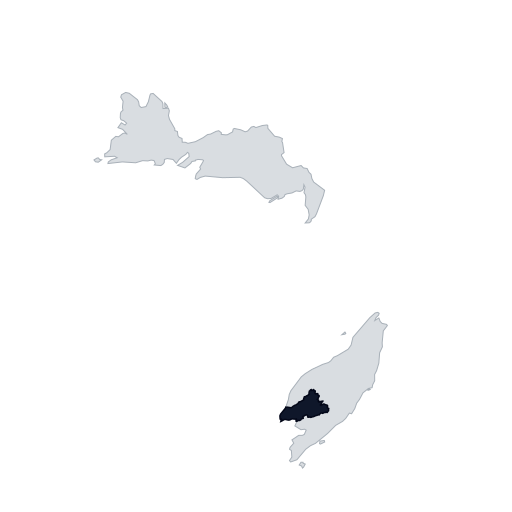 Malaysia, with Kelantan highlighted, rotated 240°
{"feature_id": "MYS-1144", "entity_name": "Kelantan", "entity_type": "State", "adm_level": 1, "iso_a3": "MYS", "parent_name": "Malaysia", "parent_adm1": "", "projection": "equal_earth", "projection_center": [101.974, 5.407], "detail": "fine", "context": "in_parent", "style": "filled", "palette": "ink", "viewbox_px": 512, "rotation_deg": 240, "n_neighbors": 0, "source": "natural_earth", "source_scale": "10m", "svg_char_len": 8112}
<svg xmlns="http://www.w3.org/2000/svg" viewBox="0 0 512 512"><g transform="rotate(240 256 256)"><path d="M427.7,254.1L425.0,253.5L421.4,250.4L417.6,249.4L406.8,249.3L405.2,248.4L403.1,250.2L399.4,248.6L397.2,248.8L394.8,250.7L391.4,249.0L389.8,251.7L387.6,253.4L385.3,260.7L384.9,269.4L385.4,274.7L384.3,277.7L383.9,283.8L383.1,286.4L380.0,287.6L378.7,286.7L376.0,290.4L375.3,291.9L375.2,297.8L377.3,299.7L377.3,301.0L372.9,305.9L369.0,308.7L368.4,311.2L370.0,316.4L369.3,318.9L367.3,320.1L365.8,326.8L364.0,331.0L363.3,331.5L360.6,330.1L350.4,332.0L347.4,335.5L344.5,337.6L342.2,335.6L341.0,335.7L331.5,332.0L331.1,328.8L330.1,328.2L320.2,328.4L314.1,331.8L311.8,340.3L308.6,341.1L306.2,344.0L301.9,343.7L299.3,344.5L295.1,343.1L291.2,342.9L278.6,348.3L274.6,344.5L262.3,329.5L260.6,326.8L260.2,322.2L258.8,321.4L258.3,320.2L258.1,318.8L260.0,315.1L261.9,319.9L265.0,322.6L270.3,324.5L275.3,323.9L282.2,328.7L284.4,329.5L286.8,329.2L291.1,332.9L293.8,333.1L290.3,330.5L289.6,328.5L290.0,326.3L292.3,323.3L292.6,318.7L294.3,314.1L294.7,311.9L293.4,310.2L293.1,307.4L294.1,303.5L296.4,305.5L298.4,305.0L298.3,297.8L299.8,294.7L302.1,292.6L325.6,285.4L329.5,283.7L332.1,281.6L340.5,266.3L350.6,252.0L351.9,247.0L351.8,243.4L352.4,242.6L353.5,242.1L355.7,244.0L356.9,245.3L359.0,251.5L361.0,251.7L364.3,257.5L365.0,258.3L366.0,257.9L368.6,254.1L369.3,251.4L368.7,251.0L369.9,247.8L368.8,245.7L367.8,238.5L373.7,233.4L373.8,239.3L375.5,247.8L378.5,249.1L380.0,248.5L379.1,246.0L378.8,240.9L378.0,237.6L376.1,233.4L381.1,232.4L384.8,227.8L385.4,225.0L382.9,223.3L382.0,221.1L381.9,218.8L385.7,213.4L386.2,214.9L388.7,215.4L389.8,215.3L391.5,213.1L392.4,209.9L395.3,205.4L396.9,198.4L404.3,187.3L410.1,174.0L411.3,175.1L411.7,178.6L410.5,184.9L413.1,183.4L417.5,174.6L420.1,176.0L420.0,178.4L421.1,182.9L428.6,188.6L429.7,194.4L428.0,196.5L428.7,202.0L428.1,203.8L425.7,205.4L432.4,203.8L436.2,200.6L438.7,206.0L434.9,208.1L435.7,210.4L439.3,209.1L441.5,207.2L443.7,207.6L447.1,209.8L448.2,211.0L448.8,213.7L451.4,214.6L456.5,218.3L461.2,218.3L462.9,220.1L462.8,224.9L460.3,227.6L450.6,231.5L448.1,231.4L444.5,230.0L442.0,230.8L440.4,235.4L443.4,239.9L448.4,244.7L449.1,245.8L448.2,248.2L436.8,251.8L434.4,251.5L430.2,249.2L427.7,254.1ZM59.1,189.5L60.3,183.0L62.1,182.7L63.9,186.5L69.9,189.4L71.7,188.4L72.5,189.0L73.3,190.0L75.0,195.1L78.8,195.2L79.3,203.3L77.5,206.5L77.3,208.6L80.1,212.4L81.7,211.5L83.1,208.1L89.4,204.7L92.0,208.4L94.4,208.4L96.1,207.0L97.4,202.7L99.9,199.3L100.9,195.2L104.5,196.3L105.9,197.2L110.0,206.0L115.4,212.2L119.5,215.6L121.9,218.9L128.7,234.8L129.5,239.9L129.8,247.8L128.8,259.6L127.5,265.5L127.8,268.3L129.5,272.6L129.0,276.6L129.2,289.3L131.3,293.8L137.1,299.3L145.7,323.8L147.1,330.7L146.3,333.3L144.8,334.0L143.5,332.6L142.7,329.3L140.7,326.6L140.9,331.4L137.2,330.8L134.6,331.5L131.5,334.9L130.1,335.0L127.5,328.8L117.7,321.8L114.1,320.0L110.4,314.7L101.8,308.8L96.4,303.1L94.1,299.5L88.6,296.4L86.2,292.7L83.9,290.7L85.1,287.1L84.0,280.2L80.1,274.0L78.2,269.6L74.5,265.3L71.6,259.9L73.3,258.3L70.5,252.5L69.5,248.3L69.5,240.4L66.5,229.2L64.0,213.8L64.5,208.4L63.8,202.5L59.1,189.5ZM417.7,168.9L416.5,170.4L416.1,166.3L417.8,164.1L420.2,163.7L420.3,167.4L419.8,168.5L417.7,168.9ZM53.4,188.9L54.9,191.9L53.8,193.6L52.9,193.2L51.2,194.6L49.4,191.7L49.1,190.2L51.3,190.5L53.4,188.9ZM297.2,304.0L296.6,304.4L295.6,303.4L295.3,294.8L296.0,294.0L297.0,295.7L297.2,304.0ZM63.7,218.8L62.1,222.9L60.6,222.5L60.9,217.8L61.7,217.2L63.7,218.8ZM434.2,253.6L431.3,254.2L429.2,254.1L429.5,251.8L430.5,251.5L434.2,253.6ZM145.7,295.0L144.1,295.1L143.8,294.0L144.9,291.0L145.7,295.0ZM84.4,287.7L83.3,288.2L83.4,286.5L84.2,285.5L84.4,287.7Z" fill="#d9dde1" stroke="#a8b0b8" stroke-width="1"/><path d="M94.2,209.5L94.6,209.5L94.8,209.1L95.0,208.5L95.1,208.3L95.7,207.8L95.8,207.6L95.9,207.3L96.0,207.1L96.2,206.9L96.9,206.1L97.1,205.0L97.1,203.8L97.4,202.6L97.9,201.8L99.5,200.1L100.0,199.4L100.3,198.5L100.2,196.3L100.3,194.8L100.8,195.3L102.0,196.3L102.2,196.5L102.7,196.3L102.8,196.0L102.6,195.7L102.3,195.9L102.5,195.4L103.0,195.5L105.4,196.7L105.9,197.1L106.8,198.3L109.3,205.0L109.7,205.7L110.2,206.2L110.1,206.3L109.4,207.6L107.8,209.6L107.0,210.6L106.9,211.0L107.2,212.6L107.3,212.8L107.3,213.0L107.3,213.7L107.3,215.2L107.3,215.3L107.2,215.4L107.1,215.5L107.0,215.8L107.2,217.5L107.2,218.0L107.1,218.3L107.1,218.5L107.5,219.1L107.9,219.6L108.0,219.7L108.1,220.0L108.0,220.7L107.7,221.5L107.6,222.2L107.6,223.8L107.6,224.3L107.6,224.5L107.5,225.2L107.5,225.3L107.7,225.5L107.9,225.6L108.1,225.7L108.2,225.8L108.4,225.8L108.6,226.0L108.8,226.1L109.1,226.6L109.3,226.8L109.5,227.0L109.7,227.3L109.9,227.5L109.8,227.8L109.7,228.1L109.4,228.3L109.4,228.5L109.6,229.9L109.6,230.0L109.4,230.2L109.4,230.3L109.3,230.5L109.4,230.9L109.6,231.7L109.6,232.1L109.6,232.4L109.6,232.9L109.6,233.0L109.9,233.3L110.0,233.3L110.1,233.2L110.4,233.1L110.9,233.4L112.0,234.4L112.2,234.5L112.3,234.6L112.3,234.8L112.3,235.2L112.4,235.4L112.5,235.6L112.6,235.8L112.8,236.5L112.7,237.1L112.3,237.1L112.1,237.0L111.9,236.8L111.8,236.7L111.7,236.8L111.5,237.1L111.5,237.4L111.4,237.8L111.4,238.0L111.5,238.2L111.5,238.3L111.6,238.7L111.6,238.9L111.6,239.0L111.4,239.2L111.1,239.1L110.8,239.1L110.7,239.1L110.6,238.9L110.4,238.8L110.3,239.0L110.1,239.2L109.8,239.6L109.7,239.7L109.6,239.8L109.2,239.7L108.9,239.4L108.5,239.1L108.4,239.0L108.3,238.7L108.2,238.7L107.9,238.7L107.7,238.6L107.3,238.5L107.0,238.6L106.8,238.7L106.6,238.9L106.6,239.0L106.7,239.3L106.6,239.5L106.4,239.9L106.2,240.2L106.0,240.6L105.9,240.6L105.4,240.6L105.1,240.5L104.7,240.1L104.0,240.3L103.8,240.4L103.6,240.8L103.1,240.7L102.9,240.4L102.8,240.2L102.6,240.1L102.5,239.6L102.4,239.5L102.3,239.3L101.5,238.5L101.5,238.4L101.4,237.9L101.3,237.5L101.2,237.3L99.9,238.1L99.7,238.1L99.4,237.8L99.1,237.8L99.1,237.7L98.9,237.3L98.8,237.2L98.7,237.3L98.6,237.5L98.4,237.5L98.2,237.4L97.8,237.6L97.8,237.8L97.8,238.0L97.8,238.3L97.8,238.5L97.6,239.8L97.5,240.0L97.3,240.3L97.1,240.6L97.0,240.8L97.0,241.3L96.9,241.4L96.7,241.2L96.5,240.7L96.5,240.3L96.5,240.2L96.5,239.9L96.4,239.7L96.0,239.5L95.9,239.3L95.7,239.2L95.6,238.8L95.5,238.6L95.4,238.5L95.3,238.4L95.1,238.4L95.0,238.1L95.0,237.8L94.9,237.6L94.9,237.3L94.7,237.2L94.3,237.3L94.2,237.4L94.1,237.5L94.1,237.8L94.1,238.0L94.1,238.7L94.0,239.5L94.0,240.1L94.0,240.3L93.9,240.7L93.9,240.9L93.6,241.0L93.1,241.2L92.8,241.5L92.7,241.7L92.1,242.1L91.9,242.3L91.7,242.6L91.6,242.8L91.3,243.0L90.9,243.1L90.7,243.1L90.5,242.9L90.2,243.0L89.9,242.7L89.7,242.4L89.4,242.3L89.3,242.2L89.2,242.1L88.9,241.9L88.7,241.9L88.4,242.0L88.2,242.1L87.9,242.2L87.9,242.3L87.8,242.7L87.6,242.7L87.4,242.7L87.1,242.4L86.7,241.9L85.7,241.5L85.5,240.7L85.3,240.3L84.9,239.5L85.2,239.0L85.4,238.9L85.5,238.8L85.8,238.8L85.8,238.7L85.9,238.2L85.8,237.9L85.8,237.7L85.9,237.4L86.1,237.3L86.2,237.1L86.3,236.8L86.4,236.6L86.5,236.5L86.5,236.4L86.5,236.2L86.3,235.5L86.3,235.4L86.4,235.2L86.5,234.9L87.1,234.7L87.4,233.7L87.4,233.3L87.3,232.2L87.2,232.0L87.0,231.7L86.8,231.2L87.2,230.9L87.3,230.6L87.3,230.1L87.5,229.6L87.5,229.2L87.5,228.9L87.6,228.7L87.9,228.0L87.9,227.8L87.9,227.4L88.0,226.9L88.0,226.7L88.0,226.3L88.1,226.2L88.1,225.9L88.1,225.7L88.2,225.2L88.5,224.4L88.6,224.2L88.6,223.7L88.7,223.3L88.8,223.1L88.8,222.9L88.9,222.7L89.0,222.7L89.3,222.7L89.4,222.3L89.5,222.2L89.8,221.8L89.9,221.7L90.0,221.5L89.9,221.2L90.0,221.0L90.1,220.9L90.4,220.6L90.5,220.5L90.6,220.3L90.8,220.3L91.0,220.6L91.5,220.7L91.6,220.8L91.9,221.0L92.0,221.0L92.1,220.8L92.2,220.7L92.4,220.6L92.6,220.6L92.9,220.6L93.0,220.6L93.4,220.3L93.4,220.2L93.5,220.0L93.5,219.9L93.4,219.5L93.5,218.7L93.5,218.4L93.5,218.2L93.4,217.7L93.4,217.3L93.5,216.9L93.6,216.7L93.5,216.3L93.4,216.1L93.1,216.0L92.9,215.9L92.6,216.0L92.4,216.0L92.3,215.8L92.2,215.8L91.9,215.8L91.8,215.7L91.9,215.0L92.1,214.6L92.2,214.3L92.2,214.1L92.1,213.6L92.0,213.4L91.9,213.2L91.7,212.9L91.7,212.7L91.7,212.4L91.7,212.1L91.7,211.8L91.7,211.6L91.8,211.5L91.9,211.2L92.0,211.0L92.3,210.8L92.4,210.3L92.4,208.9L92.4,208.7L92.7,208.3L93.0,208.1L93.3,208.3L93.4,208.5L93.6,208.9L93.8,209.2L94.2,209.5Z" fill="#0f172a" stroke="#020617" stroke-width="1.5"/></g></svg>